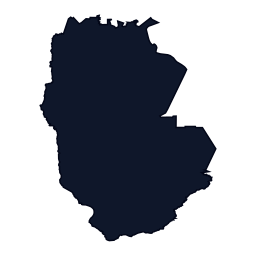 South Waikato District, Waikato, New Zealand (Natural Earth projection)
{"feature_id": "76426892B10420121574176", "entity_name": "South Waikato District", "entity_type": "district", "adm_level": 2, "iso_a3": "NZL", "parent_name": "New Zealand", "parent_adm1": "Waikato", "projection": "natural_earth1", "projection_center": [175.86, -38.168], "detail": "fine", "context": "isolated", "style": "filled", "palette": "ink", "viewbox_px": 256, "rotation_deg": 0, "n_neighbors": 0, "source": "geoboundaries", "source_scale": "gbopen_adm2", "svg_char_len": 5713}
<svg xmlns="http://www.w3.org/2000/svg" viewBox="0 0 256 256"><path d="M52.3,38.6L52.6,39.2L52.4,40.6L52.7,41.4L51.5,43.8L52.3,45.2L51.8,46.1L52.2,47.7L52.3,48.9L51.1,50.2L50.9,51.0L51.0,51.3L51.9,52.3L51.8,53.0L52.5,53.3L52.6,53.6L52.3,55.5L52.4,56.5L52.1,59.0L52.5,60.6L52.2,61.2L50.7,61.6L50.1,62.2L50.1,62.8L51.3,63.9L50.1,65.4L50.0,66.0L50.2,66.7L51.6,66.7L52.1,67.4L51.6,71.6L52.1,72.8L52.0,73.8L52.5,76.9L52.1,78.4L52.9,80.0L52.8,81.9L52.4,82.6L51.8,82.3L50.8,83.4L49.1,83.5L46.8,84.2L46.2,84.0L45.5,84.7L45.5,85.6L45.9,85.8L46.1,86.5L46.2,88.8L44.9,91.9L45.1,93.4L44.2,96.1L44.8,96.9L44.4,100.0L42.6,104.2L41.8,105.1L40.4,105.2L40.2,105.5L41.2,107.5L41.2,108.6L41.4,109.6L43.0,110.2L43.4,110.8L43.8,112.3L43.4,113.9L44.3,115.8L44.5,116.9L45.7,117.3L46.6,117.8L46.7,118.3L46.4,119.5L47.6,121.0L48.3,122.9L48.9,123.4L50.4,123.8L50.3,124.3L49.4,124.9L49.3,125.4L49.9,125.7L52.5,125.6L54.4,126.6L54.5,127.1L53.7,127.7L53.8,128.4L54.7,129.4L55.6,128.9L56.0,129.0L56.2,130.3L57.3,132.1L57.3,133.2L57.9,135.3L57.3,136.2L57.3,137.3L56.9,138.3L57.3,140.9L57.1,142.9L58.2,145.2L58.6,146.6L58.4,148.0L58.8,149.1L57.9,151.1L58.3,151.9L59.7,153.1L58.6,154.0L58.7,158.9L59.3,161.1L59.8,162.0L59.6,162.7L59.2,163.1L58.7,165.1L59.5,166.5L59.5,168.8L59.3,169.3L59.7,170.3L59.9,172.7L61.3,174.9L61.3,177.4L60.8,178.5L59.8,179.9L60.1,182.6L62.1,185.5L62.9,185.8L63.3,187.1L71.9,191.9L73.0,193.3L73.3,194.3L74.1,195.0L74.0,195.7L74.3,196.2L75.8,197.9L76.9,198.2L78.0,199.6L78.8,201.3L79.0,203.1L79.3,203.3L81.6,203.3L81.7,204.4L82.5,204.7L86.0,204.9L89.3,206.0L91.3,206.9L93.1,208.5L93.7,209.4L94.1,210.7L94.2,212.7L93.9,214.3L93.1,215.8L91.9,217.3L90.7,218.3L90.0,219.5L89.3,220.9L89.3,222.3L90.1,222.4L90.6,223.4L91.5,223.8L92.2,226.0L95.1,226.9L96.7,228.1L98.1,228.9L100.1,230.8L101.1,231.4L101.6,230.9L103.0,232.0L102.3,232.7L102.4,233.0L103.3,234.1L104.8,234.9L105.2,235.7L104.9,236.7L105.9,237.3L106.2,239.1L107.2,239.9L109.3,240.6L114.1,240.2L115.1,239.4L116.8,238.7L117.3,238.0L117.9,238.2L118.7,236.5L120.3,234.8L120.8,234.8L121.3,235.3L123.2,234.7L125.9,234.6L129.2,236.1L131.3,236.5L132.0,236.0L132.6,235.1L133.9,235.0L137.7,233.1L142.9,231.8L144.1,231.9L145.3,232.7L146.2,232.8L147.4,232.6L148.3,232.8L148.4,232.6L149.8,233.1L151.3,233.2L152.2,232.9L152.7,231.9L154.0,231.8L154.4,231.4L156.8,230.7L157.4,230.2L158.6,230.2L159.5,229.6L159.7,229.1L160.2,228.6L160.8,228.9L163.2,228.9L163.6,227.9L163.1,227.2L163.2,226.8L164.5,226.1L165.1,225.3L166.5,224.9L167.2,224.1L168.5,223.1L168.7,222.5L170.0,221.6L170.4,221.1L171.9,220.6L171.9,220.2L172.8,219.7L173.7,219.9L173.4,218.9L173.5,218.5L175.1,218.3L174.4,218.0L174.5,217.7L175.1,216.9L175.9,216.5L176.2,215.8L175.8,214.7L175.3,214.1L175.0,213.2L174.8,211.4L174.0,211.2L174.0,210.9L174.2,210.3L173.8,210.3L173.7,209.7L174.5,209.2L176.1,209.1L176.6,208.5L177.6,208.0L177.8,207.4L178.3,206.8L179.0,207.1L179.1,206.8L179.6,206.8L180.0,206.4L181.3,206.1L181.7,205.2L182.1,205.4L182.5,205.2L182.0,204.0L182.0,203.4L182.6,203.2L183.1,202.5L184.1,202.2L184.2,201.7L184.8,201.5L184.8,201.1L184.1,201.0L184.3,200.6L185.2,200.7L186.0,200.5L186.7,199.5L186.7,199.1L186.1,198.7L185.8,197.5L185.3,197.0L186.3,197.3L187.1,197.1L190.0,194.0L192.2,193.2L193.6,192.4L195.3,191.9L196.7,190.0L198.9,189.9L200.1,189.1L202.1,188.3L203.7,188.9L204.7,188.8L205.9,187.4L207.8,186.4L208.9,184.6L209.4,184.2L209.6,183.7L209.2,183.3L208.9,183.5L208.7,183.3L208.8,182.9L209.3,182.7L209.0,181.8L208.4,181.5L210.1,180.5L210.9,180.9L211.6,180.4L211.6,180.0L211.0,179.7L211.5,178.7L211.2,178.3L211.6,177.6L210.9,177.7L210.6,176.6L210.0,176.2L209.7,176.2L209.8,176.8L209.4,176.7L209.1,176.4L209.0,175.6L208.4,175.8L208.2,175.4L207.3,175.1L207.0,175.4L206.7,174.8L206.4,175.3L206.0,175.2L205.7,175.0L205.6,174.6L205.0,174.9L204.3,174.7L204.2,174.4L203.7,174.6L203.4,174.0L203.5,173.6L203.2,173.2L202.9,173.5L202.5,173.4L202.6,172.7L202.3,172.9L201.9,172.7L208.8,171.6L204.4,169.9L205.9,169.5L215.8,148.8L202.4,127.6L195.8,127.6L195.3,126.5L185.2,126.5L185.2,127.5L176.0,127.5L176.1,116.1L173.2,116.2L172.4,117.5L171.1,117.2L160.7,117.3L159.8,115.9L165.5,112.9L167.5,109.3L184.7,73.8L186.6,69.5L185.0,67.4L184.0,66.5L181.5,64.7L176.8,61.9L175.5,60.6L173.5,58.0L170.3,55.7L167.8,54.8L160.3,53.9L156.4,52.8L156.0,52.2L155.9,51.6L156.2,49.7L156.8,47.8L156.3,46.1L155.2,44.7L154.3,44.1L153.8,44.2L152.9,45.1L152.3,45.0L150.2,42.8L149.1,40.5L148.4,38.2L146.3,29.8L146.4,28.5L148.1,26.5L149.0,26.0L158.3,22.6L151.9,19.4L150.7,17.8L139.3,26.7L138.7,26.7L135.5,25.5L135.3,24.8L135.6,25.0L135.8,24.8L136.0,23.7L135.7,23.6L135.4,22.3L136.1,22.4L137.8,21.8L137.7,21.1L136.6,20.3L136.1,20.1L135.8,20.7L134.7,20.6L134.2,20.8L134.1,21.3L133.7,21.5L134.1,21.9L134.0,22.2L133.3,22.1L133.1,21.7L132.8,22.1L131.8,21.9L130.8,22.4L130.7,22.6L127.3,22.3L127.6,22.6L126.9,24.4L126.5,24.3L126.4,25.7L125.5,26.5L125.3,26.2L124.8,26.2L123.7,26.6L122.2,26.3L122.1,25.9L123.5,23.1L117.7,21.1L117.8,22.0L118.2,22.1L118.1,22.3L118.3,22.6L118.1,22.6L118.5,22.8L118.1,23.3L118.5,24.8L118.2,26.9L115.5,28.2L115.0,27.1L114.2,26.4L110.8,25.1L110.3,24.1L110.5,23.6L110.1,22.9L110.1,22.3L109.1,20.5L109.3,20.6L111.3,19.7L111.2,19.4L107.6,19.5L107.6,24.6L100.1,24.7L100.4,24.2L99.7,24.3L99.8,23.7L99.6,23.0L99.4,22.8L98.9,23.0L99.1,22.4L99.5,22.0L98.9,21.8L99.0,21.2L98.8,20.8L98.3,21.0L98.1,20.2L98.7,19.4L99.9,19.4L99.7,19.0L99.9,18.5L99.3,18.2L99.8,17.8L99.3,17.6L98.7,18.3L98.4,17.9L98.4,17.6L98.8,17.4L99.2,15.4L97.1,15.9L96.9,16.4L97.2,17.6L90.2,17.5L89.8,19.0L86.0,18.8L81.4,22.8L79.1,23.8L73.4,17.6L72.5,18.4L70.7,17.2L68.5,18.9L63.4,34.0L61.4,33.3L61.1,34.2L59.9,33.9L59.1,34.7L58.0,34.5L57.5,35.2L56.9,34.3L56.0,34.0L55.0,35.7L54.5,35.6L53.6,36.2L53.4,37.4L52.3,38.6Z" fill="#0f172a" stroke="#020617" stroke-width="1.5"/></svg>